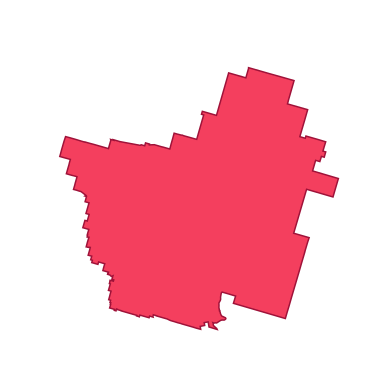 outline of Perenjori, Western Australia, Australia, rotated 16°
{"feature_id": "25037944B82153403198712", "entity_name": "Perenjori", "entity_type": "district", "adm_level": 2, "iso_a3": "AUS", "parent_name": "Australia", "parent_adm1": "Western Australia", "projection": "orthographic", "projection_center": [116.454, -29.398], "detail": "fine", "context": "isolated", "style": "filled", "palette": "rose", "viewbox_px": 384, "rotation_deg": 16, "n_neighbors": 0, "source": "geoboundaries", "source_scale": "gbopen_adm2", "svg_char_len": 4446}
<svg xmlns="http://www.w3.org/2000/svg" viewBox="0 0 384 384"><g transform="rotate(16 192 192)"><path d="M109.6,281.4L113.3,281.3L113.3,285.1L115.1,285.1L115.1,287.5L120.6,287.5L121.5,287.5L121.5,285.0L127.9,285.0L127.9,289.5L128.0,292.1L129.1,292.1L130.4,292.1L132.7,292.1L133.9,292.1L133.9,293.3L133.5,293.3L133.5,294.4L136.0,294.4L136.5,294.8L137.3,295.2L138.0,295.2L139.1,294.3L139.1,294.8L138.7,295.2L138.7,295.7L139.1,295.9L139.1,298.0L141.0,298.0L141.0,299.4L137.6,299.4L137.6,299.8L137.6,300.1L137.8,300.1L137.8,301.9L137.8,302.8L138.8,302.8L138.8,303.5L138.8,309.6L141.5,309.6L141.5,312.5L141.6,316.6L141.6,318.5L143.6,318.5L143.6,320.8L144.4,320.8L144.4,322.5L144.8,322.5L144.8,326.2L149.9,326.2L149.9,327.2L151.7,327.2L151.7,325.3L152.6,325.3L152.6,325.6L156.8,325.6L156.8,325.8L158.8,325.8L161.0,325.8L165.2,325.8L173.0,325.8L173.0,326.0L172.9,326.0L172.9,326.4L174.8,326.4L175.8,326.5L175.8,326.3L175.8,324.7L178.3,324.7L184.3,324.7L185.4,324.7L185.4,323.0L189.1,323.0L188.9,322.7L188.7,322.4L188.7,322.2L188.7,321.9L188.7,321.7L188.8,321.5L188.8,321.4L188.9,321.2L188.9,320.9L188.8,320.7L192.0,320.7L192.0,320.9L195.2,320.9L199.0,320.9L201.7,320.9L202.8,320.9L203.3,320.9L203.7,321.0L206.1,321.4L207.1,321.5L207.3,321.5L207.7,321.5L210.7,321.5L214.2,321.6L217.2,321.5L218.5,321.6L220.9,321.6L223.7,321.6L226.5,321.6L230.1,321.6L233.7,321.7L238.2,321.6L236.9,318.9L241.0,316.8L239.7,314.2L243.3,312.4L245.6,317.1L248.1,317.1L254.1,317.2L253.4,316.4L250.1,314.8L249.4,314.3L249.0,313.8L248.6,312.4L248.1,311.8L248.4,311.8L249.2,312.1L250.3,311.3L251.3,311.3L252.2,310.7L253.7,308.9L255.0,307.5L256.1,306.8L258.3,306.2L259.0,305.5L259.5,304.5L258.9,303.7L256.1,303.2L255.6,303.2L255.3,303.2L254.7,302.9L254.1,302.4L253.6,302.0L253.2,301.4L252.7,300.8L252.5,300.3L252.3,300.0L252.1,299.6L251.8,299.3L251.4,299.1L251.2,298.7L251.3,298.7L251.6,298.8L251.5,298.5L251.4,298.2L251.0,298.0L250.8,297.8L250.6,297.4L250.3,296.8L250.0,296.2L249.8,295.9L249.7,295.6L249.1,293.1L248.7,292.2L248.6,291.7L248.5,290.9L248.8,289.8L249.1,288.4L249.1,287.3L248.4,285.1L248.0,281.2L248.5,279.9L248.8,279.9L254.3,279.9L254.7,279.9L262.6,280.0L262.5,287.6L301.0,287.8L316.6,287.9L316.6,281.2L316.7,275.6L316.7,265.9L316.9,238.5L316.9,230.8L317.0,218.5L316.9,218.5L317.0,208.2L317.2,203.6L301.1,203.6L301.4,157.8L324.3,157.9L328.9,157.9L329.0,138.7L328.0,138.7L317.0,138.6L302.1,138.5L302.1,127.5L306.5,127.5L306.6,122.1L309.5,122.1L309.5,116.6L306.6,116.6L306.6,115.1L306.6,113.2L306.6,112.2L306.7,106.9L299.3,106.8L295.5,106.8L286.1,106.8L286.1,109.1L280.4,109.1L280.5,92.5L280.5,91.4L280.5,90.2L280.5,87.1L280.5,86.1L280.5,82.0L280.5,81.0L259.5,81.0L259.4,76.6L259.4,56.8L247.7,56.8L233.3,56.9L230.0,56.9L224.5,56.9L212.1,56.9L212.3,57.7L212.3,67.4L195.3,67.4L194.4,67.4L194.4,78.4L194.4,111.6L179.7,111.6L179.7,114.7L182.0,114.7L182.0,117.2L182.0,135.6L182.0,140.1L168.3,140.2L167.2,140.0L166.5,140.1L166.2,140.2L165.9,140.3L163.7,140.3L161.4,140.4L160.4,140.4L159.7,140.4L158.6,140.4L158.7,146.4L158.7,151.7L158.8,155.3L158.8,156.8L157.4,156.8L154.9,156.8L152.6,156.8L151.6,156.8L151.4,156.8L151.1,156.9L150.0,156.9L146.8,156.9L142.8,156.9L140.9,157.5L138.0,158.5L137.9,158.5L137.9,157.6L133.8,157.6L133.8,160.6L130.5,160.6L130.3,160.6L130.2,160.7L130.0,160.8L129.9,160.8L129.6,161.2L129.5,161.3L129.4,161.3L128.9,161.5L127.9,161.6L127.1,161.6L126.8,161.7L125.6,161.8L124.4,161.9L115.3,162.8L109.0,163.4L108.9,163.4L108.8,163.5L108.6,163.4L106.0,163.4L104.5,163.4L102.0,163.4L102.4,163.9L100.6,163.9L99.3,163.9L99.7,164.5L99.7,166.1L99.7,168.6L99.7,173.3L89.8,173.3L84.6,173.3L79.9,173.4L75.4,173.4L75.4,173.6L74.1,173.6L73.5,173.6L71.2,173.6L66.3,173.5L62.2,173.5L59.3,173.5L55.2,173.6L55.0,178.6L55.0,181.6L55.0,187.2L55.1,192.0L55.1,194.3L57.8,194.3L66.1,194.2L66.1,197.6L66.2,199.4L66.2,202.1L66.2,203.7L66.2,209.1L70.4,209.1L71.5,209.1L71.8,209.1L74.5,209.0L77.2,209.0L77.3,210.4L77.3,215.4L77.4,217.8L77.4,222.2L80.5,222.1L82.7,222.2L85.0,222.2L85.3,222.2L91.0,224.5L90.2,225.4L91.8,225.4L91.9,230.8L92.4,230.8L95.9,230.8L96.0,230.8L96.0,241.9L98.3,241.9L99.3,241.9L99.3,248.1L99.3,248.7L99.3,248.8L98.6,248.7L96.9,248.8L96.9,256.4L99.3,256.4L99.5,256.4L103.1,256.4L103.1,257.3L103.1,262.1L103.5,262.0L103.6,264.2L105.4,263.9L105.3,268.7L105.4,273.9L105.9,273.8L106.5,273.9L106.9,273.8L107.8,273.8L108.6,273.4L109.5,273.3L109.6,276.3L109.6,279.7L109.6,280.7L109.6,281.1L109.6,281.4Z" fill="#f43f5e" stroke="#9f1239" stroke-width="1.5"/></g></svg>